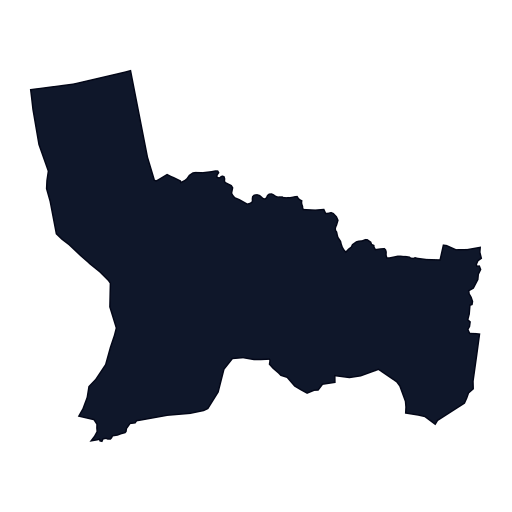 the district of Dan Musa, Katsina, Nigeria
{"feature_id": "59680162B93375949891062", "entity_name": "Dan Musa", "entity_type": "district", "adm_level": 2, "iso_a3": "NGA", "parent_name": "Nigeria", "parent_adm1": "Katsina", "projection": "albers", "projection_center": [7.324, 12.26], "detail": "fine", "context": "isolated", "style": "filled", "palette": "ink", "viewbox_px": 512, "rotation_deg": 0, "n_neighbors": 0, "source": "geoboundaries", "source_scale": "gbopen_adm2", "svg_char_len": 3347}
<svg xmlns="http://www.w3.org/2000/svg" viewBox="0 0 512 512"><path d="M464.4,403.1L466.7,398.0L468.5,392.9L473.2,388.8L473.0,381.2L476.7,354.8L479.5,334.1L475.7,333.7L469.7,333.5L467.8,329.5L469.5,326.4L470.1,321.9L467.7,319.8L469.2,314.0L469.9,305.2L472.0,304.5L472.5,301.5L471.1,297.3L469.1,293.9L468.7,290.7L473.3,288.1L475.5,283.9L477.8,279.5L478.3,274.2L480.6,269.5L479.3,266.1L476.8,266.3L476.3,264.3L477.9,260.7L481.3,258.3L479.8,252.2L480.2,247.4L467.2,249.7L455.9,249.8L446.5,245.6L443.4,245.2L440.1,260.0L426.5,259.6L417.3,258.4L415.1,257.8L413.4,258.5L410.6,258.2L409.4,257.2L406.3,256.7L405.3,256.6L404.5,256.6L403.2,256.6L400.7,256.3L397.6,256.3L394.4,257.0L389.4,258.0L386.8,258.0L386.0,255.2L386.1,252.0L385.5,249.9L384.3,248.7L380.4,249.0L375.4,249.7L373.9,247.1L373.8,245.5L371.5,244.5L370.7,242.2L368.4,240.6L367.3,239.8L365.4,239.7L362.3,240.9L358.5,241.3L356.4,241.9L352.5,244.7L351.4,247.1L348.6,249.2L345.8,252.2L343.7,249.8L342.2,247.2L341.1,244.0L340.5,241.4L337.8,237.3L337.1,234.7L336.8,233.1L336.5,231.9L335.6,230.8L335.2,228.8L335.7,226.7L336.4,225.3L337.9,220.3L336.4,216.9L333.3,213.6L331.1,212.7L328.2,213.4L325.6,213.5L323.8,209.5L315.2,210.2L303.3,209.6L302.6,208.1L302.5,206.5L301.7,204.1L301.5,202.5L301.7,200.8L300.4,200.2L298.4,198.7L297.1,196.6L294.9,196.8L292.8,197.3L291.0,197.6L289.7,197.8L288.1,197.7L286.4,197.9L284.3,197.7L283.2,197.7L282.2,197.0L281.0,197.1L279.8,197.0L278.0,197.2L275.6,196.4L273.3,194.8L271.5,194.0L269.2,194.2L267.6,195.5L266.5,197.9L264.8,199.1L262.7,198.4L261.5,197.2L259.6,195.6L257.4,194.9L256.0,194.9L254.1,195.3L252.7,196.7L252.4,198.8L252.5,201.2L251.7,202.5L249.8,203.5L247.3,204.2L243.9,202.3L239.3,199.7L234.7,197.8L232.6,195.3L231.5,193.2L232.6,187.8L231.3,185.7L225.0,182.5L224.4,180.9L224.6,178.9L224.0,176.8L222.5,176.2L221.2,176.6L220.0,177.8L218.8,177.9L217.4,177.6L216.7,176.3L217.2,174.7L218.6,172.7L217.7,171.1L215.5,171.0L211.2,171.8L202.7,172.8L195.4,172.6L192.9,173.0L189.4,175.4L187.1,178.7L185.1,180.4L180.9,182.6L180.4,181.0L173.7,177.7L170.8,176.5L167.1,174.6L158.3,179.9L156.1,181.0L154.2,180.2L153.9,178.8L147.4,157.2L130.5,70.7L124.9,72.2L73.3,84.2L30.7,89.7L31.7,97.9L33.0,109.4L39.0,144.5L48.4,171.1L47.0,180.5L46.6,188.6L50.2,201.3L56.4,233.8L61.9,239.1L69.1,244.6L80.5,255.4L86.0,260.2L89.7,263.4L89.6,263.5L100.0,271.9L108.3,280.2L110.4,283.1L109.9,306.9L116.4,328.0L114.5,335.4L110.5,347.3L105.7,364.6L95.8,379.5L89.0,386.6L87.3,397.2L86.7,399.0L85.0,403.5L83.0,408.9L80.7,412.9L78.9,416.1L94.0,419.6L97.0,424.2L96.9,428.1L97.2,431.6L94.7,436.2L91.2,440.8L97.0,439.8L99.5,439.2L100.1,440.9L101.9,441.3L103.0,438.8L106.1,438.3L107.8,439.0L110.4,439.0L111.6,437.6L112.4,435.8L117.5,435.0L120.9,433.7L125.0,432.6L126.0,431.4L126.4,428.5L128.4,425.7L130.0,423.4L132.9,423.1L135.1,422.8L135.7,421.9L136.6,420.7L140.2,420.1L167.4,415.2L190.1,413.3L203.6,410.5L207.8,408.5L218.1,392.0L223.9,369.2L232.4,358.5L243.1,357.6L253.9,359.5L261.1,359.5L269.2,359.1L270.1,360.3L269.5,364.2L273.0,368.1L278.7,373.0L280.9,375.3L287.2,377.3L294.7,386.0L300.9,389.7L307.1,393.1L314.2,390.2L318.1,390.0L322.5,384.2L334.9,382.3L334.8,375.6L349.4,377.5L360.6,375.8L378.5,369.3L396.8,381.8L399.9,386.0L405.5,401.3L406.0,407.1L405.7,413.0L415.8,414.6L418.3,415.0L424.9,416.5L435.2,424.2L437.5,420.4L464.4,403.1Z" fill="#0f172a" stroke="#020617" stroke-width="1.5"/></svg>